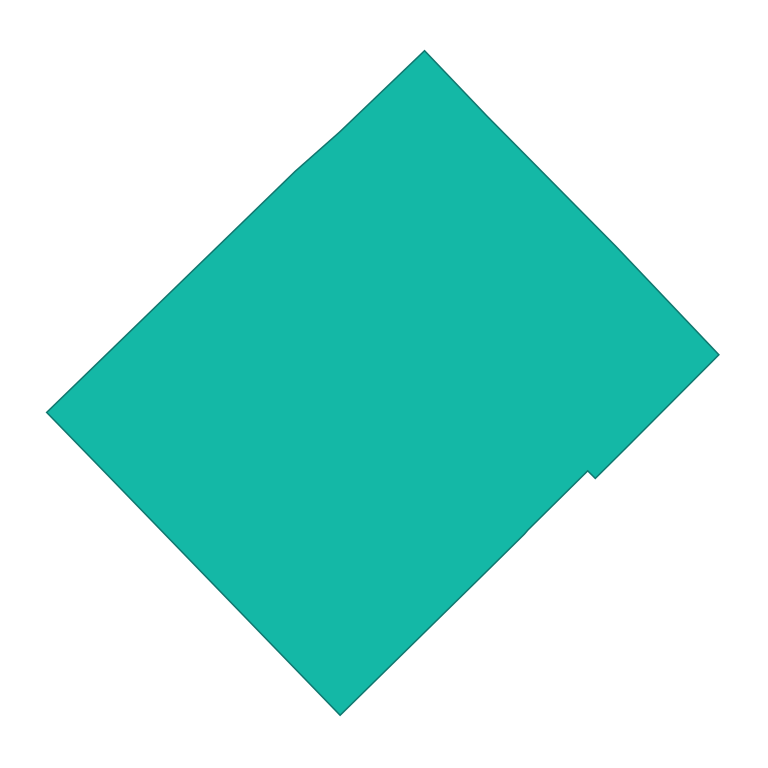 Champaign, Illinois, United States of America, rotated 46°
{"feature_id": "52423323B49146676442539", "entity_name": "Champaign", "entity_type": "district", "adm_level": 2, "iso_a3": "USA", "parent_name": "United States of America", "parent_adm1": "Illinois", "projection": "natural_earth1", "projection_center": [-88.181, 40.14], "detail": "fine", "context": "isolated", "style": "filled", "palette": "teal", "viewbox_px": 768, "rotation_deg": 46, "n_neighbors": 0, "source": "geoboundaries", "source_scale": "gbopen_adm2", "svg_char_len": 374}
<svg xmlns="http://www.w3.org/2000/svg" viewBox="0 0 768 768"><g transform="rotate(46 384 384)"><path d="M171.9,241.0L169.3,300.0L169.5,381.6L170.1,646.4L260.9,646.1L591.8,645.7L590.1,440.5L589.5,387.1L589.0,381.9L588.0,297.8L598.7,297.6L598.1,253.3L595.6,122.8L447.2,121.6L263.0,123.8L172.4,123.3L171.9,241.0Z" fill="#14b8a6" stroke="#0f766e" stroke-width="1.5"/></g></svg>